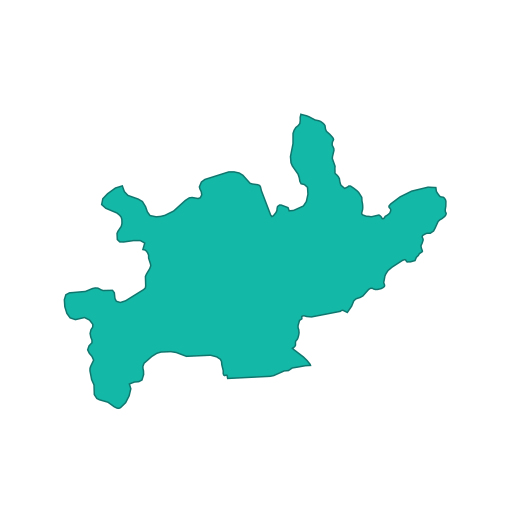 Graubünden, Robinson projection, rotated 162°
{"feature_id": "CHE-170", "entity_name": "Graubünden", "entity_type": "Canton", "adm_level": 1, "iso_a3": "CHE", "parent_name": "Switzerland", "parent_adm1": "", "projection": "robinson", "projection_center": [9.485, 46.618], "detail": "fine", "context": "isolated", "style": "filled", "palette": "teal", "viewbox_px": 512, "rotation_deg": 162, "n_neighbors": 0, "source": "natural_earth", "source_scale": "10m", "svg_char_len": 4629}
<svg xmlns="http://www.w3.org/2000/svg" viewBox="0 0 512 512"><g transform="rotate(162 256 256)"><path d="M182.9,361.1L180.9,363.8L178.4,365.9L175.7,366.9L173.4,368.4L172.1,371.1L171.1,374.3L169.5,376.9L169.4,376.8L164.4,373.6L162.5,372.0L157.9,367.2L154.3,365.1L152.9,363.9L151.2,361.5L150.5,360.1L150.1,358.7L150.7,355.2L150.6,353.8L150.5,352.8L148.2,348.9L146.5,345.1L146.2,343.8L146.3,342.7L148.1,340.8L148.9,339.1L149.3,337.7L149.0,336.0L148.8,334.2L149.2,332.4L152.5,327.0L153.3,325.1L153.1,316.9L154.0,314.7L154.7,312.1L155.2,310.9L155.1,309.8L154.0,307.9L153.2,306.0L152.8,303.8L153.3,300.8L153.4,298.6L153.3,297.0L150.8,292.9L147.5,293.3L146.5,293.7L146.1,293.9L144.5,293.3L142.2,290.4L139.9,287.0L139.2,285.7L138.6,284.3L137.3,279.1L137.5,278.2L137.8,277.1L138.2,275.7L138.6,272.5L139.0,270.8L139.6,268.8L140.3,267.2L142.0,264.6L142.4,263.5L142.2,262.7L141.7,262.0L138.8,259.7L136.4,258.8L134.9,258.0L133.8,257.6L126.4,257.0L125.3,255.5L124.7,254.1L124.5,252.7L123.8,252.2L122.6,252.3L120.8,253.8L118.7,254.2L117.0,254.8L115.5,255.5L113.9,257.4L113.5,258.7L113.8,260.0L114.3,260.8L114.4,261.7L113.9,262.6L111.8,263.9L100.7,267.7L87.9,269.6L71.1,268.3L63.8,265.5L64.5,261.8L64.0,259.6L62.9,256.3L62.3,255.4L61.5,254.9L60.5,254.4L59.7,254.0L59.1,253.1L58.7,252.0L58.4,250.5L58.6,249.0L60.1,244.7L61.7,241.6L62.1,240.2L62.2,239.2L62.0,238.5L62.0,237.6L62.8,236.4L64.3,235.3L67.8,234.0L70.0,233.6L72.2,232.5L77.3,226.9L79.4,224.9L83.2,223.8L86.5,224.8L87.4,224.8L90.6,224.2L91.4,223.8L92.1,222.9L91.9,220.4L92.0,220.0L92.2,219.4L94.0,216.9L96.0,214.7L96.3,212.4L96.2,209.2L96.8,208.6L98.4,208.2L100.0,207.7L101.4,206.4L103.9,205.2L106.2,202.5L110.8,202.7L113.0,203.4L114.1,203.6L114.5,204.3L115.0,206.1L115.8,206.6L117.9,206.6L129.9,203.4L134.9,201.4L138.0,198.9L139.6,197.1L140.6,195.2L141.3,193.9L141.9,192.8L142.5,191.9L142.8,191.0L142.7,188.9L142.9,187.9L143.4,187.3L144.9,186.7L147.0,186.3L150.6,186.6L152.7,187.2L154.3,188.2L155.3,189.3L157.1,189.9L159.2,189.4L166.7,185.0L169.8,184.4L173.9,184.4L175.7,183.7L176.9,183.1L180.6,178.7L186.6,174.1L190.1,177.5L190.8,177.7L192.0,177.7L192.9,177.3L222.0,180.9L226.5,182.8L228.9,184.4L230.5,184.5L231.2,184.3L231.8,182.1L234.5,181.3L237.4,177.0L238.0,175.5L238.2,174.1L238.1,172.8L238.8,169.6L239.9,167.5L241.4,165.2L242.5,164.0L244.6,162.7L245.2,161.5L246.0,159.0L247.0,158.0L248.3,157.4L249.9,157.0L248.7,154.9L242.1,145.3L239.7,140.7L238.0,136.2L238.0,135.1L242.9,136.4L250.2,137.4L256.1,138.3L260.6,137.0L264.7,138.0L276.1,136.8L279.7,137.2L320.8,148.3L320.4,151.4L321.3,152.0L322.7,151.9L323.5,152.8L323.5,154.4L322.6,157.0L322.1,163.3L321.4,166.3L321.8,168.8L324.5,172.2L329.9,175.7L353.2,182.1L361.7,188.9L366.6,191.4L376.0,194.0L379.0,194.1L380.5,194.1L386.1,192.7L395.6,188.6L397.8,185.8L398.3,183.8L398.5,181.5L399.5,178.0L402.8,173.3L406.3,172.7L410.6,173.7L416.0,173.4L416.1,168.4L419.9,162.2L425.3,156.8L431.6,153.7L432.8,153.5L434.0,153.7L435.2,154.3L437.4,156.4L442.0,162.7L449.4,167.7L451.4,169.7L452.6,174.2L449.9,183.5L450.5,189.3L449.4,198.0L448.6,200.4L447.3,202.2L442.6,207.1L443.0,211.1L444.6,215.0L445.1,218.8L442.5,222.2L438.8,224.2L438.0,226.7L438.2,229.8L437.7,233.6L435.7,236.9L433.3,238.8L432.3,241.4L434.1,246.5L438.1,250.5L447.4,251.3L451.9,254.6L453.6,259.8L453.5,266.8L451.8,273.6L450.5,275.5L448.8,277.9L444.8,278.6L429.2,275.0L421.6,275.6L418.8,275.3L416.3,274.3L415.0,273.0L413.8,271.7L412.1,270.4L403.1,267.7L402.1,264.8L403.3,259.2L402.8,256.1L399.4,253.7L393.8,253.7L373.2,258.8L371.1,259.8L370.1,261.8L367.5,270.7L365.7,272.7L361.0,276.8L359.1,279.2L358.8,281.1L358.8,287.1L357.9,290.0L358.1,292.5L358.7,294.5L359.7,296.0L361.6,297.1L357.8,302.7L361.2,306.4L367.6,308.5L377.4,310.2L381.2,311.5L382.8,314.5L381.2,320.4L379.6,322.2L375.0,325.8L373.4,328.4L372.3,332.1L372.2,334.5L373.0,336.8L375.0,339.9L384.1,347.8L386.9,352.6L384.0,357.8L377.9,361.1L368.7,364.1L361.5,364.0L361.3,357.9L359.1,353.2L350.5,346.6L347.2,342.9L345.8,337.0L345.7,331.6L344.3,327.2L338.8,324.1L334.3,323.1L330.1,322.8L320.5,324.2L306.0,330.7L301.5,331.9L298.7,331.4L293.4,328.6L291.0,328.6L288.7,330.9L288.2,334.0L288.6,337.1L288.5,339.2L285.1,343.2L281.0,344.6L256.0,344.4L250.9,342.8L246.3,340.1L243.5,336.8L239.2,327.0L237.2,325.6L232.4,323.3L230.8,322.0L230.4,320.5L230.7,316.3L229.4,290.3L228.7,288.6L227.0,288.9L223.5,291.2L222.0,292.9L221.2,294.8L220.2,296.4L217.8,297.2L216.2,296.6L210.6,292.1L210.5,288.7L206.1,287.7L195.5,288.9L191.3,292.2L187.5,298.7L185.8,305.4L187.9,309.0L190.8,310.8L191.2,313.5L190.7,316.9L190.7,320.8L193.6,330.4L193.9,333.9L192.5,339.9L186.1,351.4L182.9,361.1Z" fill="#14b8a6" stroke="#0f766e" stroke-width="1.5"/></g></svg>